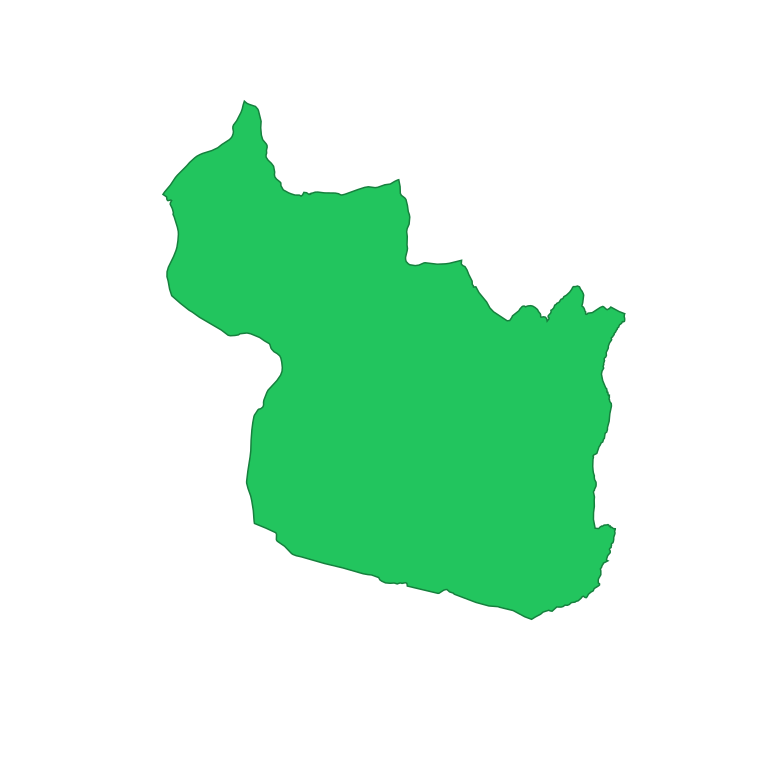 Gayo Lues, Aceh, Indonesia, rotated 26°
{"feature_id": "22746128B71384327775718", "entity_name": "Gayo Lues", "entity_type": "district", "adm_level": 2, "iso_a3": "IDN", "parent_name": "Indonesia", "parent_adm1": "Aceh", "projection": "equal_earth", "projection_center": [97.458, 3.981], "detail": "fine", "context": "isolated", "style": "filled", "palette": "green", "viewbox_px": 768, "rotation_deg": 26, "n_neighbors": 0, "source": "geoboundaries", "source_scale": "gbopen_adm2", "svg_char_len": 6158}
<svg xmlns="http://www.w3.org/2000/svg" viewBox="0 0 768 768"><g transform="rotate(26 384 384)"><path d="M304.0,533.3L307.6,537.5L313.3,543.1L316.4,547.0L322.0,555.0L327.3,564.1L328.7,566.1L341.1,565.3L351.9,565.1L353.3,566.2L355.4,570.9L356.1,571.6L357.1,572.1L365.8,573.4L375.2,576.9L376.9,577.1L380.4,576.8L385.4,575.6L409.3,571.4L427.8,567.3L448.4,563.7L453.0,562.4L456.4,561.1L464.1,560.3L466.1,561.8L468.4,562.2L472.5,562.1L476.9,560.4L480.4,558.4L483.5,557.9L485.7,555.7L487.6,555.3L490.4,553.2L491.8,553.1L492.4,553.7L493.5,555.4L524.3,548.5L525.2,547.9L528.0,543.2L529.1,542.1L530.7,541.1L534.0,542.1L537.9,541.6L539.3,542.1L562.4,540.0L575.6,537.5L584.2,534.1L585.8,534.0L599.4,531.0L612.6,531.5L619.8,530.8L622.2,527.0L625.7,522.2L627.0,519.2L631.3,515.1L632.8,515.1L634.7,514.5L637.0,508.7L640.9,506.9L642.5,505.5L643.6,503.4L645.8,502.5L647.1,501.1L648.3,498.3L651.3,496.3L651.9,495.2L653.6,493.7L655.1,490.0L655.4,488.3L656.3,487.3L658.2,487.7L659.4,487.4L659.8,486.2L659.9,483.3L661.3,480.2L662.7,478.2L662.6,475.7L665.4,471.2L665.8,470.1L665.3,469.1L663.8,468.8L662.5,466.3L662.2,465.0L662.5,460.4L660.8,456.9L659.5,455.3L659.9,453.6L659.6,451.5L659.9,449.6L659.7,448.9L662.7,444.8L661.5,444.8L661.1,444.5L660.7,443.3L660.3,440.2L661.2,436.6L661.0,435.8L660.3,434.7L659.3,434.1L659.0,433.4L659.1,432.5L659.8,431.4L659.3,430.3L659.3,429.5L658.5,428.2L658.6,427.4L659.3,426.4L659.2,425.1L658.7,423.2L657.7,421.1L657.2,417.5L656.9,416.6L655.7,415.0L655.7,413.7L655.3,412.7L653.7,413.4L651.1,412.9L650.7,413.5L649.9,413.1L649.5,412.5L649.0,413.1L647.9,412.3L646.9,412.2L646.2,412.9L643.7,414.3L642.5,416.3L641.9,416.3L640.9,417.9L640.4,419.8L637.0,421.1L631.6,413.9L628.7,407.7L626.7,401.8L623.8,396.2L622.7,393.3L619.6,389.3L619.4,388.3L619.7,387.4L619.3,386.0L619.4,384.7L619.3,382.8L618.6,381.1L617.6,379.3L615.2,377.6L613.7,375.4L613.4,374.4L611.2,372.1L610.0,370.4L607.7,366.5L604.8,360.0L604.3,357.8L603.4,357.2L603.6,355.9L605.7,353.1L604.8,346.2L605.1,344.0L605.0,341.8L606.0,340.2L605.5,337.5L605.9,336.3L604.5,331.9L604.5,330.9L605.2,329.7L604.8,327.0L603.9,325.1L602.7,318.8L600.0,311.7L598.1,304.1L596.8,301.9L594.5,300.7L593.5,299.2L592.8,298.9L592.5,297.4L591.5,295.4L591.1,295.9L590.4,295.6L588.8,293.3L588.1,293.6L587.7,293.3L587.6,292.5L586.0,290.5L585.1,290.4L579.1,285.1L575.1,279.8L574.3,276.7L574.5,273.4L573.2,272.2L573.0,270.1L572.5,269.6L572.3,268.8L572.0,266.3L571.4,265.8L570.8,264.7L571.0,263.3L571.4,262.8L571.4,260.9L569.9,258.3L569.9,254.0L569.7,253.0L569.0,251.6L568.7,248.0L569.2,245.0L569.1,244.2L568.4,243.6L568.1,242.6L568.8,241.5L568.8,240.6L569.2,238.7L568.7,237.8L569.3,235.9L569.3,233.6L569.6,232.6L569.3,231.3L570.0,229.9L569.7,228.4L569.8,227.4L570.9,225.4L571.0,223.4L572.0,223.1L572.6,222.3L572.3,221.0L571.5,219.5L570.4,218.2L569.6,216.2L569.6,215.3L563.6,215.8L554.1,215.4L553.5,217.3L552.1,219.3L551.3,219.4L547.5,218.3L546.6,218.4L544.8,220.4L539.9,228.6L536.3,230.9L535.7,232.5L534.9,232.8L534.4,232.5L533.7,230.8L532.5,230.3L531.4,228.9L529.5,227.5L528.2,227.4L527.6,227.0L527.0,223.9L524.5,216.6L523.4,215.4L521.4,213.8L519.4,212.8L517.1,211.0L515.0,211.1L513.3,212.6L511.5,213.5L511.2,214.5L511.2,216.6L510.6,220.1L509.0,224.3L507.4,226.6L507.3,228.9L506.0,230.2L505.7,231.8L505.7,233.1L505.3,234.1L503.9,235.9L503.9,236.8L502.9,238.3L503.2,241.1L502.5,243.5L501.7,244.6L502.5,245.7L502.7,247.2L501.7,250.6L502.1,251.8L503.4,252.3L503.7,253.1L503.1,256.0L501.6,254.0L499.7,253.2L498.1,253.6L495.9,255.1L495.3,254.8L494.4,253.1L493.7,252.4L491.0,251.1L489.3,249.8L486.2,249.0L483.5,248.8L481.5,249.3L479.2,250.7L477.2,252.7L476.2,252.4L474.9,253.0L474.2,253.9L473.3,256.9L473.1,259.1L469.6,266.5L469.7,268.0L469.2,271.8L467.0,273.2L450.9,271.1L445.8,269.2L440.3,265.3L429.2,260.2L424.0,256.4L421.9,257.6L421.3,256.6L419.7,255.8L418.1,252.9L412.3,248.5L408.6,245.1L405.3,243.0L403.3,243.1L401.3,242.5L400.7,241.9L399.5,238.8L389.8,246.9L386.5,249.1L379.3,253.0L367.8,257.0L366.7,257.8L363.3,261.8L360.2,263.9L355.0,265.5L353.3,265.4L350.2,264.2L348.7,262.4L347.8,260.6L346.4,254.1L345.7,251.9L343.7,248.9L340.3,241.3L337.6,237.2L336.7,234.2L336.5,229.3L334.0,222.7L332.4,220.5L330.3,218.5L326.9,213.4L322.9,208.6L321.2,207.7L316.9,206.8L315.1,205.5L311.9,199.5L307.7,193.9L306.8,194.7L304.8,197.2L302.0,201.5L297.4,204.6L292.1,210.0L290.0,211.4L283.5,213.6L280.4,215.8L275.3,220.7L265.8,230.5L263.3,232.6L262.0,233.0L259.7,232.9L256.4,233.8L246.8,238.3L240.4,240.5L238.0,241.8L235.4,244.3L234.7,245.5L234.5,245.0L233.3,246.5L230.6,246.0L228.0,246.9L227.9,249.8L227.1,251.5L225.2,251.3L221.2,253.2L217.1,253.8L214.4,254.0L208.4,253.7L204.5,251.0L203.1,248.5L201.7,247.9L197.6,247.0L195.1,245.7L193.8,244.0L192.8,241.4L189.3,236.7L186.0,235.0L181.6,233.6L178.6,231.8L177.6,229.9L177.3,227.9L175.9,225.5L175.2,222.5L174.4,221.0L173.2,220.0L167.9,217.6L164.7,214.1L160.9,207.8L158.4,201.8L151.3,193.3L150.1,192.3L146.8,190.9L139.8,191.8L137.6,191.8L134.5,191.0L135.1,195.0L136.0,198.9L136.4,202.4L136.2,212.0L135.2,217.1L135.4,219.0L136.2,220.7L138.0,223.1L138.7,225.2L139.0,228.2L138.6,230.3L137.9,232.2L133.3,239.8L131.0,244.6L126.9,249.7L120.0,256.2L118.0,258.5L115.9,261.4L114.7,263.8L112.2,270.1L111.0,274.5L106.8,286.8L106.0,289.9L104.8,298.9L102.6,307.7L102.2,310.5L106.5,311.1L108.1,313.4L109.0,313.9L109.5,313.9L111.7,312.1L112.7,312.2L112.6,314.9L113.1,316.2L116.9,319.2L119.5,322.2L120.1,324.1L122.0,325.6L129.5,333.6L132.2,337.0L133.6,339.6L136.0,345.6L137.9,351.7L138.5,355.0L139.0,361.5L139.0,373.5L139.8,378.2L141.9,382.7L144.8,386.0L149.7,392.7L154.5,397.7L165.5,400.7L176.4,403.1L180.2,403.4L188.9,404.9L214.1,406.8L222.5,408.5L224.7,408.0L228.8,405.7L231.7,403.6L232.5,402.0L238.5,398.2L242.2,397.3L251.9,396.7L257.6,397.6L263.1,398.0L264.0,398.4L266.8,401.4L267.9,402.0L270.9,403.2L274.6,403.5L278.0,404.4L279.9,405.9L282.6,409.3L285.4,413.8L286.8,417.3L287.2,421.4L286.2,428.0L282.5,440.3L282.4,442.9L283.1,451.1L283.7,453.2L284.8,455.3L285.2,456.9L285.1,458.1L284.0,460.3L282.4,461.6L282.0,462.6L281.2,468.9L281.4,470.4L283.0,476.2L285.3,483.0L289.2,492.8L293.5,502.3L295.6,508.2L299.9,522.2L303.2,531.7L304.0,533.3Z" fill="#22c55e" stroke="#15803d" stroke-width="1.5"/></g></svg>